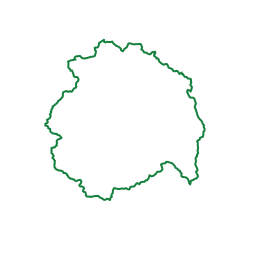 outline of Bac Son, Lạng Sơn, Vietnam, rotated 299°
{"feature_id": "81297802B43959874007568", "entity_name": "Bac Son", "entity_type": "district", "adm_level": 2, "iso_a3": "VNM", "parent_name": "Vietnam", "parent_adm1": "Lạng Sơn", "projection": "robinson", "projection_center": [106.222, 21.815], "detail": "fine", "context": "isolated", "style": "outline", "palette": "green", "viewbox_px": 256, "rotation_deg": 299, "n_neighbors": 0, "source": "geoboundaries", "source_scale": "gbopen_adm2", "svg_char_len": 5763}
<svg xmlns="http://www.w3.org/2000/svg" viewBox="0 0 256 256"><g transform="rotate(299 128 128)"><path d="M207.4,97.7L206.5,96.6L205.2,94.3L204.0,92.6L203.7,91.9L203.4,90.2L202.7,88.0L202.2,87.5L201.6,87.4L200.0,87.7L197.7,87.7L195.6,86.5L193.1,86.4L192.8,86.3L192.6,86.0L192.5,85.3L192.9,84.0L193.8,83.4L194.0,83.0L194.5,80.4L194.2,78.2L194.3,77.2L194.9,74.2L195.9,72.2L194.9,71.3L194.4,70.6L193.9,69.7L193.2,67.8L192.1,66.9L191.8,66.2L191.8,65.4L192.3,64.9L193.3,64.5L193.4,64.3L193.4,64.2L188.4,61.5L185.3,62.5L184.1,62.5L183.2,61.7L182.1,60.1L181.2,60.7L180.3,61.1L180.0,61.4L179.8,62.5L179.4,62.9L177.4,63.6L176.3,63.6L175.4,64.1L174.5,63.8L170.9,59.7L169.5,58.4L167.4,55.9L167.1,54.6L167.0,53.7L167.7,51.1L165.5,47.9L164.8,47.4L163.7,47.3L162.9,47.4L162.7,47.6L162.3,48.6L160.7,46.9L159.6,45.4L157.1,43.4L156.8,43.5L156.3,44.2L155.9,44.5L154.4,45.2L152.3,46.3L151.8,46.8L151.6,47.9L151.3,48.8L150.3,49.9L150.3,50.1L151.1,50.9L151.0,51.2L150.3,52.3L149.2,53.3L148.5,54.5L147.3,55.1L147.1,55.6L146.8,57.0L147.5,57.9L147.9,58.9L147.8,59.5L147.0,60.7L146.4,61.2L145.5,61.6L144.0,61.3L142.9,60.9L141.9,61.0L140.3,61.6L139.2,62.8L138.3,62.8L137.6,62.6L136.6,61.7L136.0,61.5L133.5,61.4L132.5,61.1L132.1,60.6L132.0,59.4L130.9,58.5L130.8,57.9L130.5,57.7L130.4,56.1L128.7,54.6L127.6,54.1L126.8,54.2L125.3,55.1L124.5,55.3L123.3,55.8L122.6,55.4L120.6,55.2L119.5,54.5L118.6,54.4L117.8,53.8L116.5,54.0L115.4,53.8L112.4,52.7L110.1,51.6L109.9,51.7L109.5,52.2L109.2,52.4L108.6,52.4L107.7,52.1L106.3,52.3L105.6,52.8L105.0,52.6L104.5,53.1L104.0,53.3L103.1,53.3L102.1,53.1L101.8,53.3L101.6,54.1L101.2,54.4L99.6,54.8L99.0,54.8L97.8,54.4L95.9,53.2L95.6,53.4L94.5,54.8L93.7,55.1L93.3,55.0L92.2,53.9L91.7,53.8L90.1,54.5L90.5,56.2L90.5,57.2L90.2,57.7L89.2,58.2L89.1,58.8L89.4,60.3L87.4,61.7L87.1,62.4L86.8,64.8L87.2,65.8L87.6,67.4L88.3,68.5L87.9,69.2L87.9,70.2L88.2,71.3L88.2,72.2L87.2,74.5L86.9,74.5L86.2,74.2L83.9,72.3L82.7,71.9L82.2,71.9L81.4,72.3L80.6,73.2L79.9,73.2L78.8,73.6L78.3,74.1L78.1,74.2L76.8,73.4L75.5,73.3L75.0,72.3L74.2,71.8L73.7,70.9L73.3,70.8L71.9,71.8L70.9,72.1L70.2,72.7L69.0,73.2L68.4,75.2L67.6,76.5L67.1,76.6L65.9,76.2L65.1,76.7L65.1,77.6L64.4,78.5L64.1,79.5L63.9,80.0L62.4,80.3L61.6,81.1L60.0,81.5L57.8,83.0L57.7,84.0L57.1,84.7L57.0,85.1L57.3,87.0L57.4,88.5L58.2,90.0L58.4,90.6L58.2,92.4L57.4,93.5L57.5,93.8L58.1,94.4L58.1,96.3L57.9,97.0L57.3,97.6L57.2,98.4L56.5,99.2L56.2,99.7L55.8,102.1L56.2,103.1L56.3,104.3L56.8,105.3L56.3,107.3L56.4,108.4L57.9,109.5L58.9,110.6L59.4,111.2L59.4,111.7L58.9,112.8L58.2,113.3L56.5,113.6L54.8,113.1L54.1,113.4L53.8,113.9L53.7,114.6L54.6,116.1L54.6,117.3L54.4,118.2L54.1,118.7L53.7,118.9L51.8,118.9L51.1,119.1L50.8,119.7L50.7,120.3L51.1,121.4L51.0,122.0L50.6,122.5L48.5,124.1L48.3,124.6L48.2,125.4L49.5,128.1L49.9,129.3L51.4,130.7L52.9,132.8L53.6,134.2L54.2,134.8L53.7,136.7L53.7,137.9L53.9,139.7L53.6,141.0L53.6,142.0L53.9,142.6L54.2,142.9L54.7,143.3L55.7,143.7L56.0,144.1L56.3,145.5L56.2,146.7L56.4,147.1L56.8,147.1L58.2,146.6L58.9,146.5L59.3,146.6L59.7,147.1L60.0,147.2L60.9,146.2L61.2,146.1L62.4,146.0L64.1,146.1L65.1,145.5L66.2,145.1L67.8,144.9L68.7,145.1L69.0,145.4L69.1,146.5L70.0,149.4L72.1,152.0L73.0,154.1L74.3,155.3L74.5,158.0L74.7,158.7L75.1,158.9L75.7,159.0L77.6,158.7L78.4,159.5L80.0,161.8L83.1,162.2L83.9,162.5L84.3,163.0L84.2,164.7L84.3,165.1L84.7,165.3L86.1,165.2L86.6,165.4L88.2,167.2L89.0,168.5L90.7,168.8L91.2,169.8L92.9,170.3L94.4,170.4L97.0,169.8L97.1,170.2L97.1,171.8L98.2,173.2L101.1,174.5L103.3,174.7L103.7,174.8L104.2,175.3L105.3,177.1L106.4,177.8L107.9,178.1L108.7,178.1L109.9,177.1L111.8,174.8L112.2,174.6L114.2,176.1L114.9,177.3L115.3,177.7L116.0,177.9L116.8,177.8L117.1,178.0L117.7,179.7L118.4,182.7L118.5,183.7L118.3,184.8L117.3,187.5L116.3,188.9L116.2,191.3L115.5,192.6L115.8,194.2L114.6,195.3L114.4,196.6L114.2,197.0L112.1,197.8L111.7,198.4L111.6,199.0L111.8,199.8L112.8,202.5L112.8,203.5L112.5,204.7L112.2,205.4L111.2,206.7L109.2,208.5L109.0,209.6L110.3,209.4L111.5,208.7L112.5,208.8L112.8,209.0L114.1,210.2L115.5,210.8L117.2,212.3L117.7,212.5L119.4,212.6L120.0,212.4L120.4,212.0L122.1,209.4L122.5,208.9L123.5,208.8L124.2,209.3L124.6,209.3L125.9,208.3L126.8,207.3L127.8,205.6L128.9,204.4L132.0,203.5L133.7,202.1L134.3,201.9L135.8,201.7L136.6,202.2L138.0,201.3L139.5,201.5L140.1,201.4L142.3,199.6L143.7,199.4L144.8,198.8L147.5,196.9L149.1,196.1L149.9,194.9L151.6,195.4L152.6,196.3L153.8,195.8L154.3,195.9L155.3,196.5L156.4,197.5L156.8,197.7L158.0,197.4L161.2,195.9L161.7,195.9L162.4,196.2L164.2,195.6L165.8,193.5L167.1,193.3L167.7,191.7L169.8,188.9L170.6,186.3L171.6,184.1L173.1,182.2L174.6,180.9L175.9,179.4L176.9,178.6L177.4,177.7L178.7,176.2L179.5,175.9L182.1,175.6L185.1,172.7L185.9,171.4L186.0,170.7L185.8,169.5L184.9,167.9L184.9,167.0L187.5,163.1L187.9,162.9L188.1,162.3L188.3,162.1L188.9,162.1L189.8,161.8L190.3,161.9L190.7,163.8L190.4,165.0L191.3,165.0L193.5,164.5L194.4,164.1L194.7,163.8L194.9,163.9L195.5,162.9L195.8,161.7L196.9,161.4L198.3,161.4L199.0,160.8L199.4,160.2L199.8,160.2L200.9,159.7L201.1,159.1L201.1,158.4L200.3,156.1L200.9,155.0L200.9,154.5L200.4,153.2L200.4,152.3L201.8,150.0L201.8,149.8L201.3,149.5L201.3,149.4L202.3,148.1L200.3,146.9L201.5,144.3L201.8,143.4L201.6,142.9L200.1,141.2L199.9,140.6L199.9,140.2L200.2,139.3L201.0,138.1L200.5,134.2L201.3,133.3L202.5,131.7L202.7,130.6L201.9,129.6L200.6,128.4L200.6,126.0L201.2,123.5L201.4,122.9L201.9,122.2L202.8,121.7L203.1,121.2L203.2,119.9L203.2,119.6L202.6,119.2L203.4,118.2L203.8,115.7L204.4,115.5L204.9,115.4L206.4,115.7L207.5,115.1L207.8,114.6L207.5,114.2L206.5,113.8L206.4,112.6L206.2,112.4L203.6,111.9L203.1,111.5L202.7,110.3L202.6,109.5L202.8,107.5L201.9,105.5L202.9,103.8L203.1,103.2L203.3,101.5L204.2,101.5L205.4,101.1L205.8,100.8L207.4,98.9L207.4,97.7Z" fill="none" stroke="#15803d" stroke-width="2"/></g></svg>